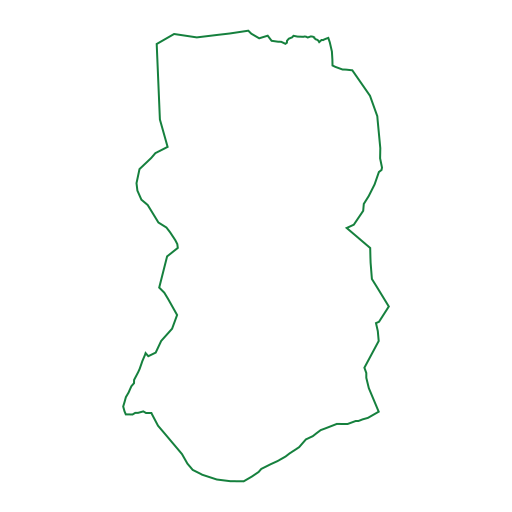 Vandeikya, Benue, Nigeria (Natural Earth projection)
{"feature_id": "59680162B81014786719276", "entity_name": "Vandeikya", "entity_type": "district", "adm_level": 2, "iso_a3": "NGA", "parent_name": "Nigeria", "parent_adm1": "Benue", "projection": "natural_earth1", "projection_center": [9.083, 6.807], "detail": "fine", "context": "isolated", "style": "outline", "palette": "green", "viewbox_px": 512, "rotation_deg": 0, "n_neighbors": 0, "source": "geoboundaries", "source_scale": "gbopen_adm2", "svg_char_len": 2034}
<svg xmlns="http://www.w3.org/2000/svg" viewBox="0 0 512 512"><path d="M352.3,70.3L345.9,69.6L342.5,69.5L335.4,66.9L332.5,65.5L332.4,59.8L331.9,51.5L329.8,42.4L328.3,37.9L325.8,38.8L323.9,39.6L323.1,40.1L322.0,40.0L321.5,40.0L319.9,41.5L319.2,42.1L318.2,40.5L316.8,39.6L315.9,39.4L314.4,38.2L314.3,37.4L312.9,36.7L310.9,36.4L307.7,37.5L306.1,36.7L304.6,36.5L303.3,36.8L300.8,36.7L297.5,36.6L293.5,35.8L292.2,37.3L288.8,38.7L287.0,40.8L286.9,42.7L285.4,43.8L281.2,41.8L277.9,41.7L271.6,40.8L267.7,35.7L259.2,38.3L251.3,33.7L248.3,30.7L229.7,33.5L217.5,34.9L196.8,37.4L174.1,34.0L156.7,44.0L159.9,119.5L167.6,146.9L155.4,153.1L151.2,158.0L139.5,169.1L136.5,183.2L137.4,190.6L141.4,199.7L147.7,205.0L158.4,222.5L166.4,227.5L170.1,232.3L175.3,240.2L177.3,244.1L177.8,247.9L167.1,256.4L159.2,287.6L164.3,292.7L168.0,298.8L177.1,315.0L172.1,328.7L161.2,340.9L155.7,352.6L148.3,356.2L145.6,353.1L145.0,354.9L142.3,361.2L141.5,363.6L139.6,369.0L138.2,372.1L134.1,379.9L134.0,383.2L131.4,386.2L130.0,389.3L128.6,392.5L125.9,397.1L124.6,401.8L123.2,406.5L124.5,411.3L125.8,414.4L128.5,414.4L132.5,414.5L135.2,412.9L137.9,412.9L143.3,411.4L146.0,413.0L148.7,413.0L149.2,413.0L151.4,413.0L151.9,414.1L158.0,425.7L166.0,435.1L172.3,442.6L172.9,443.3L174.0,444.6L182.0,454.1L187.4,463.6L192.7,469.9L200.7,473.9L202.1,474.7L216.8,479.5L230.3,481.2L231.5,481.2L243.7,481.3L251.8,476.6L258.6,472.0L261.3,468.9L270.7,464.2L277.5,461.1L285.6,456.5L289.6,453.4L299.1,447.2L305.9,439.4L312.9,436.1L316.3,433.4L320.7,430.1L324.8,428.6L332.8,425.5L336.9,423.9L342.3,424.0L347.6,424.0L355.7,421.0L358.4,421.0L360.0,420.4L362.5,419.4L367.9,417.9L378.7,411.7L368.8,388.1L366.3,377.8L366.3,373.0L364.4,367.7L378.7,341.0L377.8,331.1L376.0,323.1L379.0,321.8L388.8,306.5L376.7,286.7L371.9,279.0L370.6,262.7L370.4,256.8L370.2,248.0L346.7,228.0L353.8,224.7L363.2,210.8L363.8,203.9L368.7,196.1L374.6,184.4L378.9,172.0L381.5,170.0L382.0,167.6L380.1,158.3L380.3,148.2L377.6,119.9L377.3,116.2L370.0,95.8L352.3,70.3Z" fill="none" stroke="#15803d" stroke-width="2"/></svg>